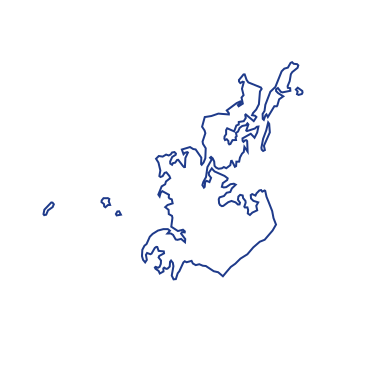 Kangryong, Hwanghae-namdo, North Korea, rotated 158°
{"feature_id": "82179303B5734042978537", "entity_name": "Kangryong", "entity_type": "district", "adm_level": 2, "iso_a3": "PRK", "parent_name": "North Korea", "parent_adm1": "Hwanghae-namdo", "projection": "orthographic", "projection_center": [125.504, 37.845], "detail": "fine", "context": "isolated", "style": "outline", "palette": "blue", "viewbox_px": 384, "rotation_deg": 158, "n_neighbors": 0, "source": "geoboundaries", "source_scale": "gbopen_adm2", "svg_char_len": 5321}
<svg xmlns="http://www.w3.org/2000/svg" viewBox="0 0 384 384"><g transform="rotate(158 192 192)"><path d="M123.7,165.6L124.1,166.2L126.7,166.0L127.2,167.9L129.0,168.2L132.8,166.5L134.5,164.9L137.0,167.5L138.7,167.1L139.7,163.9L138.4,160.8L135.6,158.5L134.5,157.6L137.6,155.1L138.4,150.6L143.8,150.3L146.9,149.0L148.3,151.2L146.7,154.3L146.4,157.0L148.7,157.8L149.0,158.8L146.3,161.9L145.8,163.7L146.9,167.2L146.3,169.8L148.4,171.3L150.7,170.4L152.3,167.6L151.5,164.1L152.6,162.7L154.1,163.2L155.5,166.1L158.3,168.5L158.7,168.9L162.2,169.0L168.2,167.4L169.6,167.7L170.9,169.4L171.1,171.4L169.9,175.3L168.4,176.7L163.9,176.3L160.2,178.3L156.5,177.7L153.7,180.4L148.7,182.4L150.1,184.0L153.4,184.8L158.4,183.7L160.8,184.3L162.4,185.6L160.1,188.7L154.9,189.9L153.8,191.3L155.8,194.7L163.4,202.6L164.4,205.2L164.8,206.5L169.3,203.5L169.9,201.2L169.0,198.0L172.1,194.7L174.3,196.9L176.1,196.3L178.3,192.0L179.3,191.6L179.8,194.5L177.7,197.1L173.4,200.6L168.4,209.3L161.6,214.7L162.4,217.0L161.2,217.4L160.2,215.4L160.0,212.0L161.3,207.8L160.5,205.6L158.7,203.6L155.5,202.8L153.1,203.2L151.3,201.2L146.5,202.5L144.1,206.1L143.4,206.0L143.0,202.0L142.8,199.3L141.4,199.5L139.5,203.5L136.9,202.5L134.6,206.0L131.3,208.8L129.0,209.7L126.5,214.2L125.3,208.6L121.8,218.5L122.1,219.6L123.3,220.0L125.5,219.2L125.9,220.5L125.1,222.8L115.7,224.0L114.3,220.5L113.7,218.9L109.3,222.7L105.9,227.8L107.4,228.2L110.0,227.3L118.2,227.9L118.7,228.7L114.4,233.5L114.9,234.9L116.9,233.7L120.6,234.4L123.8,233.6L126.7,230.8L129.1,230.3L129.7,227.0L131.1,226.4L131.7,223.7L135.0,224.9L137.6,222.8L138.4,222.1L139.6,222.2L139.9,223.3L139.2,225.7L140.0,227.9L141.9,227.8L142.0,229.3L141.0,231.3L138.7,232.8L137.2,236.6L135.5,237.9L130.2,232.4L126.0,237.0L123.4,237.1L122.4,239.4L117.5,238.3L114.4,240.5L113.8,243.5L113.1,243.8L108.2,234.6L107.6,235.0L104.2,237.4L105.0,239.1L107.5,240.7L105.9,242.3L101.6,244.4L97.1,248.3L91.3,259.8L88.8,261.5L89.0,263.1L98.7,272.5L99.4,275.5L99.1,281.3L100.2,281.7L102.5,280.4L106.5,278.3L107.0,276.8L106.4,274.9L103.7,275.3L102.8,274.5L107.0,269.0L107.9,262.5L110.7,261.0L111.8,254.9L116.6,254.0L116.9,255.4L114.0,256.1L113.1,257.1L113.3,257.9L117.3,257.7L129.2,254.6L128.4,251.7L128.3,251.2L128.8,250.1L138.2,254.8L145.6,255.2L152.1,256.7L158.2,248.7L157.3,244.3L157.6,241.5L163.3,234.8L163.8,232.5L162.9,227.4L165.2,222.3L167.0,218.3L170.2,215.0L172.8,213.6L173.1,214.5L170.5,220.4L172.7,230.1L174.8,231.4L177.0,234.4L185.5,235.2L185.7,230.2L183.9,231.0L181.5,230.8L181.0,230.1L185.4,226.0L187.7,221.0L189.2,217.8L190.0,218.0L190.7,219.6L192.7,227.0L193.8,227.3L196.6,225.5L198.8,225.9L200.3,224.7L201.5,226.5L200.8,228.5L197.2,231.9L193.2,232.6L192.5,233.6L193.3,235.6L195.7,236.1L197.7,234.8L199.9,234.6L202.0,236.4L205.9,235.8L209.3,237.8L212.9,236.3L212.1,232.0L212.1,231.6L213.3,223.8L216.3,219.0L215.6,217.7L213.3,217.7L210.2,220.0L208.4,219.8L207.0,215.4L207.0,213.0L212.2,211.5L214.0,209.2L218.0,208.6L224.2,202.2L223.7,200.0L221.4,203.0L219.2,203.9L215.5,199.4L214.4,198.1L215.6,195.7L215.4,194.5L213.5,192.7L214.2,188.7L219.5,189.1L222.5,188.0L220.4,184.2L221.8,180.2L219.5,177.4L219.8,175.4L224.2,167.6L219.7,161.1L214.5,160.4L213.4,158.2L213.9,157.3L216.1,158.5L217.7,157.5L217.5,156.8L215.9,150.9L217.3,148.1L219.7,152.6L223.4,153.1L224.9,154.1L225.6,159.3L227.2,161.5L230.3,162.7L227.0,164.4L228.3,166.6L232.4,168.3L238.0,169.0L244.2,167.9L247.9,166.3L253.5,160.9L253.8,160.7L256.2,160.0L259.7,157.0L262.4,151.3L262.8,147.5L261.8,144.3L259.3,146.0L258.3,150.9L256.5,152.3L253.9,149.9L252.6,150.0L247.4,154.1L245.7,154.5L244.8,154.0L245.0,149.9L240.4,147.5L240.9,145.6L246.3,145.0L247.5,143.8L247.0,142.1L246.4,140.1L247.8,137.1L250.0,134.8L251.9,134.5L253.7,136.2L254.7,135.9L254.6,134.5L252.5,131.3L252.4,128.5L248.2,129.0L247.2,131.9L246.1,132.3L244.7,130.4L243.4,130.1L240.6,131.2L238.5,135.5L237.1,136.3L236.3,133.5L237.0,130.2L242.1,122.1L241.8,117.9L239.9,117.4L239.6,117.3L235.7,122.0L233.4,123.3L226.4,129.9L224.7,130.5L223.3,128.9L218.2,128.3L218.0,125.4L215.9,122.8L212.3,122.3L209.6,119.6L206.9,118.2L201.5,110.4L197.8,107.8L194.9,102.3L189.5,105.2L184.1,108.0L178.7,109.3L172.0,112.1L164.0,113.5L155.9,117.7L147.8,120.5L142.5,120.5L131.7,126.1L126.3,130.3L126.2,137.3L124.8,144.3L124.7,154.1L124.7,159.7L123.7,165.6ZM99.0,233.3L98.4,232.0L95.1,235.6L93.9,236.1L93.6,233.1L83.5,240.7L81.3,239.7L80.5,240.2L76.5,245.3L71.5,246.5L71.7,246.8L75.1,251.4L76.2,254.1L75.6,255.7L73.4,256.2L72.1,251.6L70.8,250.5L62.9,249.0L62.1,251.5L64.1,252.7L63.7,254.3L59.9,258.2L56.2,264.2L54.2,265.6L47.6,267.6L46.0,269.6L46.7,271.2L49.7,272.8L50.6,274.9L52.2,274.8L56.5,271.4L60.2,271.8L63.7,270.3L75.3,258.2L81.8,255.6L82.9,254.4L91.3,245.4L94.4,240.0L97.3,237.9L99.0,233.3ZM100.1,221.3L106.2,214.6L111.1,207.0L111.5,205.1L110.7,203.4L108.7,203.6L108.0,207.9L97.5,218.1L94.9,226.3L95.3,228.0L100.1,221.3ZM278.0,210.3L274.9,211.4L272.8,210.7L272.7,214.5L271.3,216.5L272.3,217.8L276.4,219.4L278.9,218.0L279.7,216.6L278.1,213.7L278.8,211.6L278.0,210.3ZM335.5,230.9L338.0,227.1L337.7,225.9L335.7,225.6L332.4,228.9L326.9,230.2L324.7,232.4L325.3,234.4L326.4,235.0L335.5,230.9ZM57.3,248.1L56.4,245.6L58.0,243.4L56.8,242.1L53.5,241.7L52.3,242.7L51.9,244.4L54.9,249.1L57.3,248.1ZM270.8,200.1L270.6,198.5L266.4,197.6L266.8,201.4L268.5,201.9L270.8,200.1Z" fill="none" stroke="#1e3a8a" stroke-width="2"/></g></svg>